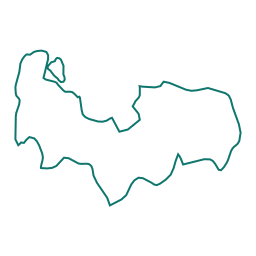 the Province of Pangasinan
{"feature_id": "PHL-2562", "entity_name": "Pangasinan", "entity_type": "Province", "adm_level": 1, "iso_a3": "PHL", "parent_name": "Philippines", "parent_adm1": "", "projection": "mercator", "projection_center": [120.195, 16.001], "detail": "fine", "context": "isolated", "style": "outline", "palette": "teal", "viewbox_px": 256, "rotation_deg": 0, "n_neighbors": 0, "source": "natural_earth", "source_scale": "10m", "svg_char_len": 1902}
<svg xmlns="http://www.w3.org/2000/svg" viewBox="0 0 256 256"><path d="M41.0,168.0L40.9,167.1L41.6,163.6L42.4,160.7L42.9,157.6L42.2,153.4L39.1,145.3L36.8,141.2L34.3,138.4L29.3,137.1L26.3,139.9L23.9,142.9L21.0,142.5L20.4,143.3L18.3,145.2L15.4,139.3L15.8,116.4L16.2,113.1L19.1,104.6L19.7,100.6L19.1,98.8L16.4,95.8L15.8,93.7L15.4,87.5L15.8,84.8L19.3,72.0L20.4,63.6L22.1,59.7L24.3,56.5L26.3,54.6L27.2,54.4L29.3,54.7L30.2,54.6L33.4,52.3L34.3,51.8L37.4,51.0L41.5,50.6L46.3,51.9L48.1,55.1L48.1,59.0L43.5,78.0L46.0,79.6L54.7,81.8L56.7,82.8L57.8,84.5L63.4,90.5L65.3,91.8L69.6,91.7L72.0,92.0L74.2,93.6L77.8,97.3L79.3,96.7L79.9,97.5L81.7,110.2L82.7,114.3L85.3,117.1L89.1,119.0L98.1,121.5L102.5,121.7L106.6,120.7L110.1,118.5L112.0,117.8L119.4,131.7L127.9,129.5L139.8,119.8L138.6,113.8L132.7,106.4L134.4,103.4L135.3,101.4L138.9,97.4L139.8,95.1L139.8,87.0L139.6,86.2L143.0,86.7L154.9,87.4L160.4,86.1L163.6,81.7L169.4,82.9L186.0,89.7L191.5,90.8L196.9,90.3L208.0,88.0L225.4,93.2L228.7,95.5L230.7,99.4L233.0,108.0L238.9,124.3L240.6,132.7L239.3,140.9L237.7,143.7L236.1,145.2L234.5,146.4L232.6,148.3L231.0,151.2L227.9,160.4L226.4,163.3L223.8,167.3L221.0,170.2L218.7,169.8L215.2,163.9L213.0,161.1L210.2,159.4L204.3,159.2L183.1,164.5L181.0,159.1L179.7,156.5L178.1,154.3L175.6,161.1L173.6,168.2L170.7,174.7L165.7,179.7L160.0,183.7L156.8,185.1L154.1,184.5L151.5,182.7L142.9,178.2L138.5,177.7L134.4,180.3L131.2,184.6L126.2,195.2L121.4,199.5L109.9,205.4L107.2,197.8L97.1,183.0L93.5,175.5L92.5,169.1L91.3,166.0L89.0,164.1L86.5,163.7L81.1,163.9L78.5,163.5L68.6,158.2L64.0,157.7L56.3,166.0L52.0,167.9L47.1,168.4L41.6,168.1L41.0,168.0ZM63.4,74.4L64.5,77.2L64.7,79.8L63.5,81.7L61.0,82.1L58.7,80.2L57.8,78.7L54.1,75.6L50.2,70.5L48.1,69.0L47.4,67.3L48.4,65.5L51.4,62.2L53.4,61.7L54.9,61.1L55.2,60.3L55.7,59.2L57.2,57.9L59.3,58.3L60.7,59.4L61.4,60.6L61.8,61.9L63.5,65.7L63.4,74.4Z" fill="none" stroke="#0f766e" stroke-width="2"/></svg>